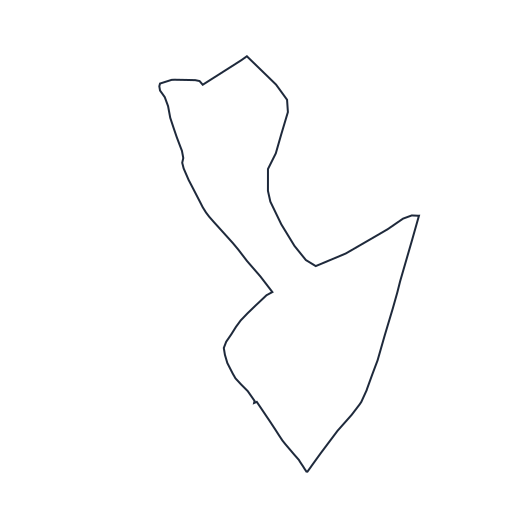 the district of Bella Rosa, Gros Islet, Saint Lucia, rotated 201°
{"feature_id": "8701671B93449908484695", "entity_name": "Bella Rosa", "entity_type": "district", "adm_level": 2, "iso_a3": "LCA", "parent_name": "Saint Lucia", "parent_adm1": "Gros Islet", "projection": "natural_earth1", "projection_center": [-60.945, 14.077], "detail": "fine", "context": "isolated", "style": "outline", "palette": "slate", "viewbox_px": 512, "rotation_deg": 201, "n_neighbors": 0, "source": "geoboundaries", "source_scale": "gbopen_adm2", "svg_char_len": 1398}
<svg xmlns="http://www.w3.org/2000/svg" viewBox="0 0 512 512"><g transform="rotate(201 256 256)"><path d="M205.1,118.1L203.0,120.1L187.9,109.5L185.3,107.7L175.8,100.9L170.5,97.0L165.2,93.2L161.1,90.8L149.0,84.2L142.9,81.0L141.4,79.8L138.6,77.8L137.0,76.7L134.1,74.5L132.2,73.2L131.7,72.8L130.7,73.1L129.2,78.7L129.0,79.6L126.5,89.1L124.8,95.5L117.2,122.2L109.8,141.9L106.1,154.5L105.4,157.5L104.6,170.5L104.7,171.2L105.0,187.6L105.1,202.1L107.4,228.3L109.5,256.1L111.0,272.5L112.4,284.2L116.0,326.7L118.3,352.0L119.0,351.7L125.1,349.7L132.1,343.6L142.6,328.3L157.4,309.9L173.1,290.5L196.6,268.0L208.0,270.1L223.7,279.2L243.7,294.6L262.1,311.9L268.2,321.1L276.0,341.5L274.3,358.9L276.0,378.3L277.8,401.8L283.0,413.0L298.7,423.2L336.1,439.2L339.9,433.5L367.1,396.8L371.4,399.1L375.7,398.4L383.0,395.8L395.4,391.3L397.9,390.2L407.4,382.6L407.1,379.8L404.9,376.1L403.4,375.1L402.3,374.4L398.1,371.6L391.8,364.4L385.6,354.3L378.8,346.0L372.8,338.8L367.3,332.6L362.8,327.6L359.0,321.4L358.3,316.6L354.9,311.8L345.9,302.6L344.6,301.5L327.4,286.2L323.2,282.4L318.3,278.7L313.8,275.9L307.9,272.8L282.3,259.8L274.8,255.6L262.6,248.1L244.6,238.5L227.8,228.2L232.1,223.2L238.7,209.5L243.4,199.4L247.2,190.4L249.3,182.7L251.0,174.0L253.1,165.3L253.1,158.6L249.6,152.6L244.4,145.8L235.6,137.9L231.3,134.4L224.0,130.8L215.3,126.9L205.4,120.2L205.1,118.1Z" fill="none" stroke="#1e293b" stroke-width="2"/></g></svg>